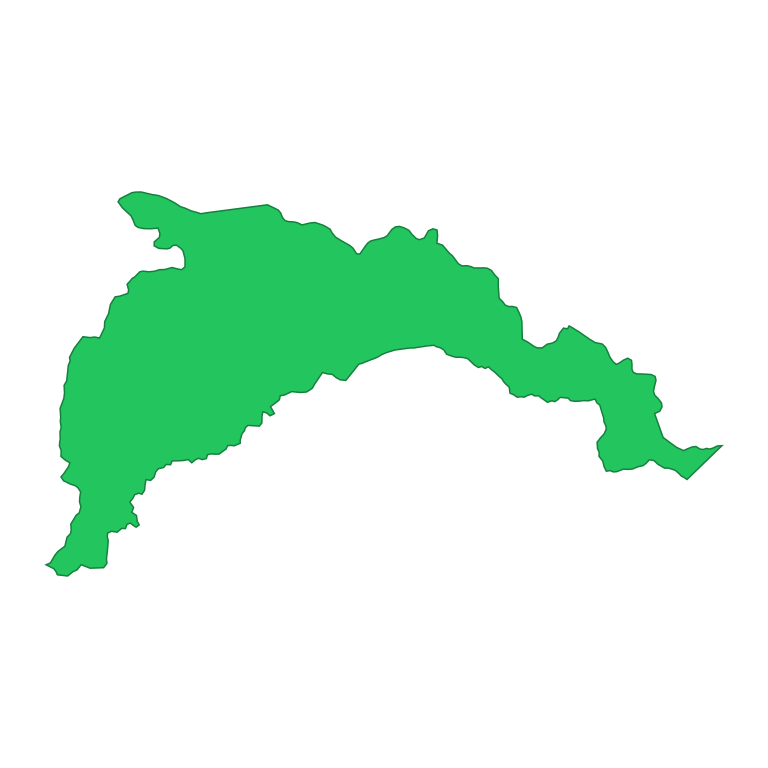 São Pedro dos Crentes, Maranhão, Brazil
{"feature_id": "56859067B67019144330304", "entity_name": "São Pedro dos Crentes", "entity_type": "district", "adm_level": 2, "iso_a3": "BRA", "parent_name": "Brazil", "parent_adm1": "Maranhão", "projection": "orthographic", "projection_center": [-46.661, -6.85], "detail": "fine", "context": "isolated", "style": "filled", "palette": "green", "viewbox_px": 768, "rotation_deg": 0, "n_neighbors": 0, "source": "geoboundaries", "source_scale": "gbopen_adm2", "svg_char_len": 5129}
<svg xmlns="http://www.w3.org/2000/svg" viewBox="0 0 768 768"><path d="M106.9,563.5L106.5,558.5L107.0,554.3L107.4,550.9L107.8,546.1L108.2,540.5L107.2,536.3L107.7,533.1L111.5,531.3L117.2,532.2L121.7,528.4L125.4,528.6L127.0,524.4L130.5,523.1L132.8,525.1L136.1,527.2L139.2,524.9L137.2,521.2L136.5,515.5L131.8,512.3L133.6,507.5L129.8,502.1L132.5,498.9L134.7,494.7L138.6,493.2L142.0,494.2L144.6,490.2L145.0,485.3L146.0,479.6L150.6,480.4L154.1,477.2L155.6,472.1L158.4,468.7L163.6,467.5L166.1,464.5L170.6,464.7L172.1,460.9L178.7,460.8L183.3,460.5L188.3,459.6L191.8,462.8L195.0,460.0L198.4,458.3L202.4,459.6L206.4,458.5L207.4,454.8L211.0,453.9L214.3,454.1L219.1,454.1L221.9,452.0L226.1,449.0L227.6,445.6L231.0,445.4L234.1,445.8L240.2,443.3L240.2,440.1L242.1,433.6L244.4,430.8L245.4,427.7L247.9,425.4L259.4,426.1L261.9,422.9L262.0,416.3L262.8,411.8L266.7,413.0L270.0,415.8L274.4,413.6L270.5,406.6L276.5,402.2L279.4,399.7L280.2,395.7L284.5,395.0L291.7,391.6L300.3,392.5L306.6,392.0L312.3,388.3L314.6,384.2L322.5,372.5L327.0,373.8L332.3,374.4L336.2,377.6L340.1,379.8L345.8,380.4L352.3,372.4L358.8,364.2L362.0,363.3L371.0,359.7L374.7,358.4L378.5,356.6L381.7,354.6L386.7,352.5L395.0,350.0L409.8,348.0L414.0,348.0L417.3,347.4L422.3,346.7L426.3,346.0L433.9,345.3L436.9,346.9L440.0,347.6L443.8,349.9L446.6,354.2L452.3,356.3L456.1,357.3L459.6,357.2L463.6,357.6L467.6,358.6L469.9,360.7L474.1,364.8L478.4,367.5L481.8,366.5L485.1,368.5L488.4,366.8L491.2,369.5L494.1,371.6L498.9,376.2L501.9,378.8L503.6,381.6L505.6,383.9L509.2,387.1L510.0,393.2L513.9,394.9L517.2,397.2L520.8,396.7L524.2,397.2L527.6,395.4L531.7,394.2L534.5,395.9L538.7,395.8L541.2,397.9L544.1,399.9L547.5,402.3L551.7,400.8L554.8,401.6L557.5,399.9L560.2,397.4L564.0,397.7L568.3,398.2L570.4,400.6L575.2,401.3L579.6,401.1L583.5,400.6L588.5,400.8L592.1,399.8L595.1,399.1L596.8,402.7L599.9,405.3L601.2,410.0L603.5,417.4L604.1,422.2L605.8,425.7L606.3,429.1L604.0,434.0L600.5,437.8L597.1,442.3L597.5,448.6L599.2,452.3L599.0,456.3L602.8,461.2L604.1,466.7L606.3,471.2L610.1,470.6L613.3,471.9L616.6,471.7L620.1,470.4L623.3,469.1L628.3,469.4L632.9,468.9L637.8,466.8L643.1,465.6L646.0,463.4L649.4,459.8L654.1,460.6L657.7,464.1L664.4,468.1L668.3,468.1L672.3,469.3L675.4,470.4L678.9,473.5L681.4,476.1L684.3,477.6L687.0,479.5L721.9,445.7L717.1,446.0L713.2,448.0L709.6,449.1L706.6,448.4L703.1,449.5L699.8,449.0L696.0,446.5L691.9,447.0L687.7,448.7L683.6,450.6L676.8,447.5L669.3,442.1L663.1,437.4L654.6,413.6L659.8,411.2L662.0,406.9L661.5,403.0L658.2,398.6L654.8,395.3L653.5,391.4L654.3,387.0L656.0,380.3L655.1,376.4L651.0,374.5L642.8,374.0L636.8,373.9L633.3,372.4L631.9,369.1L632.0,364.7L631.5,360.3L627.7,358.2L623.5,360.1L619.5,362.9L616.4,364.4L613.2,361.9L610.1,357.5L607.5,351.3L605.5,347.3L602.2,344.0L595.2,342.6L589.4,339.1L579.5,332.2L572.6,327.9L569.1,325.9L567.5,328.8L563.4,328.1L559.4,333.4L558.1,337.3L556.4,340.7L552.6,343.0L547.1,344.2L542.2,347.9L537.4,347.9L534.5,346.7L530.7,344.1L527.3,341.8L522.3,339.2L521.9,321.7L521.0,317.3L519.2,312.9L516.6,307.5L512.7,306.5L508.5,306.5L505.1,305.0L502.8,301.9L499.1,298.1L498.3,286.1L498.3,278.7L494.6,274.8L491.5,270.5L487.3,268.2L484.1,267.9L474.3,268.0L470.6,266.5L467.0,265.7L462.0,265.9L458.3,263.7L452.3,255.6L449.5,253.4L442.6,245.2L436.9,243.2L437.6,235.5L437.0,230.0L433.0,228.8L428.5,230.7L424.3,238.0L419.3,239.7L416.2,238.5L411.9,234.3L408.9,230.3L403.7,227.7L399.3,226.4L395.4,226.9L391.9,229.4L387.1,235.8L383.8,237.7L378.1,239.2L374.3,240.0L370.8,240.9L367.8,243.0L365.3,246.2L359.8,254.1L356.6,253.8L353.0,248.2L349.8,245.5L341.3,240.7L335.5,237.1L332.1,232.9L330.1,229.2L325.8,226.6L322.8,225.1L315.0,222.5L310.0,223.0L302.1,224.9L297.3,222.7L294.4,222.0L287.8,221.5L284.8,220.4L282.3,217.3L280.7,213.0L278.2,210.0L267.5,204.8L207.2,212.7L200.9,213.7L197.7,212.7L190.9,210.8L184.7,208.0L180.3,206.6L174.8,202.9L166.4,198.5L158.3,195.5L152.2,194.6L141.2,192.0L135.5,192.1L131.8,192.7L128.5,194.4L123.7,196.8L119.9,198.8L118.1,201.8L122.4,207.8L131.1,215.9L133.3,220.6L135.2,225.4L138.0,227.4L143.7,228.6L150.7,228.8L158.0,228.1L159.9,233.5L159.4,237.4L154.2,241.9L154.2,245.9L158.9,248.4L166.8,248.9L169.8,248.2L172.9,245.5L176.4,245.1L180.5,248.1L182.9,250.6L185.0,258.6L185.0,266.9L181.6,269.7L178.2,269.1L172.0,267.5L164.9,269.5L159.3,269.7L154.8,271.2L148.7,271.8L143.0,271.1L139.8,271.8L134.8,276.9L132.2,278.4L129.9,281.3L127.1,284.3L128.6,289.9L128.0,293.3L119.9,296.1L115.1,296.9L110.4,304.5L108.6,313.6L104.7,321.6L104.4,327.9L99.6,338.0L94.6,337.0L90.0,337.6L82.9,336.7L78.9,342.1L74.3,348.1L69.5,357.4L70.1,361.0L68.3,365.4L66.7,380.8L64.1,385.4L64.5,393.1L63.8,398.6L60.1,408.4L60.7,417.3L60.3,421.4L61.2,427.8L60.0,431.7L60.2,439.0L59.7,442.4L59.4,445.8L61.2,450.6L61.0,456.5L65.8,460.5L69.8,462.7L68.7,466.4L63.5,474.1L61.0,476.9L63.6,480.8L70.4,484.1L75.5,485.8L77.9,487.7L80.6,491.9L79.8,497.1L79.5,501.8L80.9,506.8L79.2,512.9L76.2,515.2L70.8,524.1L71.2,530.2L70.4,533.7L67.0,537.3L64.9,546.2L58.1,551.3L55.2,554.8L50.4,562.9L46.1,564.8L53.7,568.6L55.9,571.4L57.4,574.8L67.6,576.0L72.9,571.7L77.0,569.9L81.2,564.7L90.1,568.2L103.6,567.7L106.9,563.5Z" fill="#22c55e" stroke="#15803d" stroke-width="1.5"/></svg>